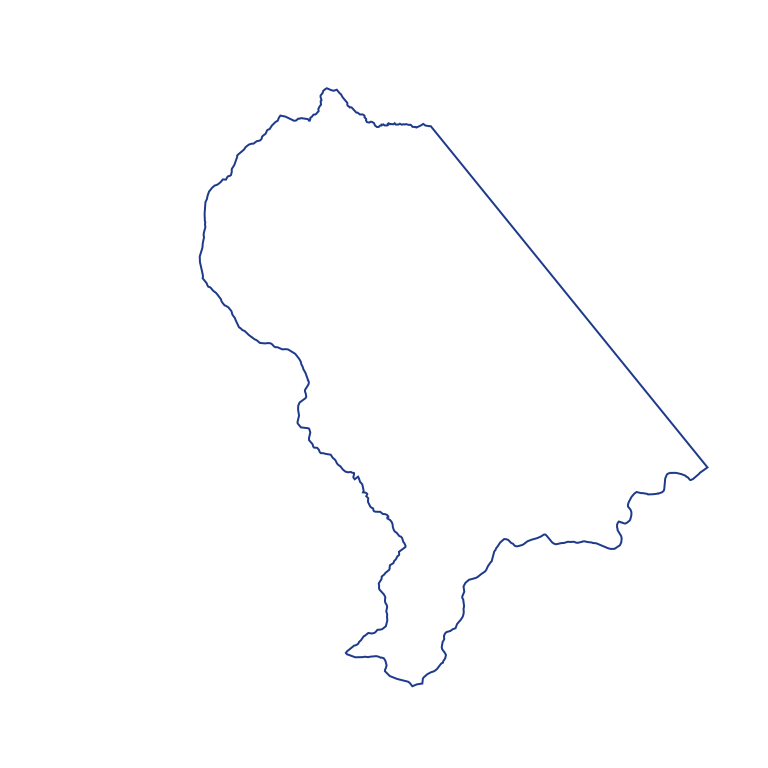 the district of Sarapiqui, Heredia, Costa Rica, rotated 141°
{"feature_id": "36466004B54791236061025", "entity_name": "Sarapiqui", "entity_type": "district", "adm_level": 2, "iso_a3": "CRI", "parent_name": "Costa Rica", "parent_adm1": "Heredia", "projection": "mercator", "projection_center": [-83.949, 10.488], "detail": "fine", "context": "isolated", "style": "outline", "palette": "blue", "viewbox_px": 768, "rotation_deg": 141, "n_neighbors": 0, "source": "geoboundaries", "source_scale": "gbopen_adm2", "svg_char_len": 6166}
<svg xmlns="http://www.w3.org/2000/svg" viewBox="0 0 768 768"><g transform="rotate(141 384 384)"><path d="M403.1,641.0L405.0,639.3L408.3,637.7L416.3,629.2L420.7,623.3L420.9,622.4L422.7,620.7L424.1,618.3L428.7,615.0L430.6,613.1L431.5,611.3L436.2,607.5L439.3,604.2L446.9,599.1L450.3,594.6L455.7,583.7L456.9,581.6L458.4,580.3L458.4,574.0L459.2,571.5L459.3,570.1L458.4,568.9L458.1,567.6L458.1,564.1L457.2,560.4L457.2,557.6L457.4,552.4L458.1,551.0L458.4,548.9L458.4,545.4L457.9,544.8L456.7,541.5L456.7,536.7L458.2,533.2L458.4,528.7L458.9,527.8L461.0,519.3L460.4,517.6L460.1,515.0L458.9,512.8L458.2,507.0L456.4,500.1L455.4,498.2L454.6,494.0L451.0,490.5L448.4,488.8L446.6,487.1L446.0,485.4L445.8,482.3L445.3,481.0L443.7,479.7L441.2,474.9L438.4,472.9L436.8,471.2L434.0,463.3L434.1,456.9L434.6,453.9L436.0,450.9L436.2,449.2L437.4,446.0L438.0,442.2L440.4,435.3L440.8,434.8L440.8,433.7L441.5,432.4L442.5,431.5L444.1,430.8L449.1,429.1L450.1,428.0L450.8,425.9L452.5,422.9L454.0,422.4L461.3,422.7L464.3,421.1L466.8,418.3L469.9,412.9L475.1,408.9L475.9,407.7L475.9,402.6L471.0,397.6L470.4,396.7L470.4,396.1L471.8,392.7L476.3,389.2L477.6,387.5L477.4,382.2L478.3,380.1L478.5,379.0L478.2,378.4L476.1,376.5L476.0,373.8L476.7,371.9L476.7,370.1L474.7,368.4L473.4,366.5L469.9,362.6L470.3,358.7L469.8,356.6L469.8,354.9L470.5,352.1L470.5,350.2L469.7,347.4L469.8,343.4L469.1,340.1L467.5,338.0L465.1,336.5L464.7,335.2L463.4,333.8L463.7,333.0L466.4,331.0L466.7,330.1L466.7,328.4L462.5,328.3L462.8,326.7L464.3,322.7L464.0,321.2L464.2,319.3L467.1,313.7L468.5,313.0L466.7,311.2L466.3,310.2L466.3,308.9L468.4,308.0L468.1,305.2L470.6,302.6L471.8,297.4L471.6,295.9L470.8,294.2L471.8,292.1L471.8,291.3L470.8,289.9L467.4,287.1L466.7,283.7L465.0,282.1L464.0,280.3L464.0,278.6L464.2,278.0L465.4,278.2L466.0,277.4L464.9,274.6L464.8,272.4L465.5,269.8L467.3,267.0L468.4,263.9L468.3,261.6L467.8,260.7L467.8,256.2L466.9,254.6L466.8,253.0L468.4,249.1L468.4,247.3L469.1,244.7L470.0,243.8L478.0,244.2L479.1,242.4L480.0,241.6L482.2,241.6L485.0,240.3L487.6,240.0L489.4,238.9L493.4,239.4L495.3,237.7L495.7,237.0L497.0,236.3L501.9,236.3L503.6,235.8L506.9,235.8L508.6,234.0L513.6,232.3L514.9,230.1L516.2,228.7L516.9,227.1L516.5,220.5L517.0,218.1L517.4,217.2L519.4,215.3L520.6,213.3L520.9,210.8L521.8,208.8L525.3,205.9L526.6,202.8L527.9,201.5L530.3,198.1L535.0,194.6L539.4,194.6L541.2,195.3L543.8,197.1L546.3,196.6L548.1,196.6L550.4,197.7L552.9,200.4L557.5,200.4L558.5,200.7L563.4,199.3L565.4,199.3L567.5,198.4L569.5,198.5L572.1,199.5L581.0,199.5L582.9,199.0L582.8,197.2L578.3,189.7L572.5,185.2L570.5,184.1L568.2,181.7L566.4,180.8L561.3,177.4L559.8,175.5L558.9,173.5L558.3,173.2L556.8,171.1L557.0,168.3L559.0,163.8L561.1,162.2L562.8,161.4L564.0,160.3L563.3,153.4L559.4,146.5L552.5,137.3L552.1,135.2L552.2,131.3L547.3,129.8L542.7,127.1L539.4,130.4L538.0,131.0L533.1,131.2L529.2,130.5L525.7,129.2L522.4,129.1L516.2,130.6L514.6,130.7L513.7,130.3L512.4,131.3L509.1,132.3L506.4,134.4L505.9,136.8L505.7,141.2L504.8,143.1L500.8,146.6L497.9,147.7L495.9,150.5L493.6,151.7L491.6,151.9L487.8,150.3L485.1,150.2L482.1,149.2L478.2,151.5L472.6,152.5L469.3,153.6L467.2,155.0L465.6,156.5L463.6,159.3L461.6,160.9L458.0,166.8L457.9,168.1L457.4,169.1L456.6,169.8L452.4,172.0L449.6,176.6L445.9,178.2L441.3,178.4L434.9,175.6L432.9,175.1L428.0,175.1L423.4,174.7L421.5,175.2L417.9,177.0L413.2,178.4L412.0,178.4L403.8,184.4L401.8,184.9L399.6,186.0L398.5,186.1L393.5,187.7L388.7,187.9L388.2,187.9L386.6,186.3L385.6,184.7L385.2,180.4L384.3,178.7L384.2,176.0L383.6,174.9L382.3,173.8L377.9,171.9L376.4,171.6L371.6,171.5L367.5,170.2L361.9,167.8L357.9,166.7L354.7,166.4L353.6,165.8L353.1,164.4L353.0,155.2L352.5,153.2L351.2,151.2L346.2,148.7L344.2,147.2L340.4,145.7L338.0,143.4L337.1,143.0L335.6,141.8L334.5,139.7L333.3,138.6L329.3,136.7L328.8,136.7L327.2,135.6L324.9,132.7L322.3,130.1L321.9,129.2L319.2,126.5L313.1,115.1L311.3,112.9L308.5,110.8L302.1,110.2L299.2,111.7L296.4,114.5L295.4,116.6L294.4,123.6L293.7,124.3L293.1,125.9L291.4,128.0L289.6,129.0L288.1,129.3L287.1,128.0L287.1,127.5L286.3,126.8L286.2,126.3L284.9,124.3L284.0,123.6L282.4,123.3L279.2,123.3L278.1,123.6L274.9,125.9L273.4,127.4L272.3,128.9L271.5,131.3L271.5,135.1L270.4,136.7L268.1,138.2L262.7,140.5L258.3,141.3L255.7,141.1L252.8,137.3L251.5,136.3L248.3,132.6L248.3,132.0L244.1,128.9L240.4,126.6L239.9,126.6L239.7,126.1L236.1,124.9L234.0,124.9L232.4,125.9L224.9,133.6L221.2,135.6L219.6,135.6L217.1,134.6L216.2,133.5L215.7,133.4L213.0,131.2L209.5,126.7L207.4,122.9L207.4,121.9L206.6,119.9L206.6,117.1L206.2,116.4L203.8,115.7L195.2,115.9L194.6,116.2L185.1,115.6L185.4,554.9L187.0,556.3L189.2,558.9L189.8,561.4L193.1,561.8L197.5,563.0L197.5,563.7L200.0,565.9L200.0,567.8L200.3,568.8L201.5,569.6L203.4,572.2L204.6,572.6L205.6,573.8L207.0,574.3L207.9,576.3L209.4,576.5L211.5,578.1L211.6,579.9L213.1,579.8L215.2,581.9L215.8,582.0L216.3,583.7L217.5,583.7L218.0,582.8L218.8,582.9L220.9,584.7L221.1,586.1L221.9,586.3L222.6,587.1L223.4,586.5L224.4,587.3L226.3,587.1L227.8,588.2L228.3,590.6L227.6,593.0L228.4,595.2L229.1,596.1L231.0,596.5L232.4,598.2L232.2,600.0L231.1,601.1L231.3,603.6L230.4,604.5L230.4,605.5L231.0,607.0L233.1,608.6L233.7,611.4L234.7,612.3L235.1,619.0L235.7,620.1L236.6,620.5L236.6,621.7L237.1,623.1L236.8,624.1L235.6,625.5L235.7,633.0L235.1,636.4L235.5,638.0L235.5,642.4L238.6,643.6L240.1,645.6L242.3,649.8L243.8,650.1L246.6,650.1L248.6,648.8L251.7,648.1L252.8,646.8L253.9,644.0L254.2,643.7L255.2,643.7L257.2,640.7L259.5,640.2L262.0,639.0L263.1,637.2L266.6,636.6L267.8,636.7L269.3,637.7L271.7,637.1L273.8,637.2L274.7,636.1L276.1,635.4L276.6,636.1L276.3,636.5L276.5,637.8L281.1,642.8L283.0,643.5L283.6,644.2L286.5,644.1L288.2,645.1L292.3,653.8L295.6,657.8L298.3,657.0L300.8,655.5L303.4,655.9L308.5,655.4L312.5,654.1L314.3,654.7L315.2,654.7L318.5,653.0L322.1,653.1L323.3,652.8L324.8,651.6L325.9,651.3L327.5,651.4L330.1,652.8L334.1,652.9L335.9,654.2L338.4,655.1L342.4,655.2L345.2,654.3L353.8,654.1L354.5,653.8L355.0,653.0L362.5,648.4L367.0,646.9L368.9,644.6L371.4,642.7L373.0,642.8L374.2,643.5L375.3,643.5L378.2,642.3L380.5,644.4L383.9,643.7L387.3,643.7L388.8,644.0L390.7,644.8L393.9,644.7L399.0,643.6L403.1,641.0Z" fill="none" stroke="#1e3a8a" stroke-width="2"/></g></svg>